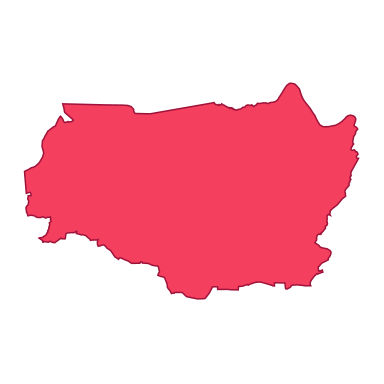 outline of Piojó, Atlántico, Colombia, rotated 179°
{"feature_id": "7082276B86748293561123", "entity_name": "Piojó", "entity_type": "district", "adm_level": 2, "iso_a3": "COL", "parent_name": "Colombia", "parent_adm1": "Atlántico", "projection": "orthographic", "projection_center": [-75.155, 10.743], "detail": "fine", "context": "isolated", "style": "filled", "palette": "rose", "viewbox_px": 384, "rotation_deg": 179, "n_neighbors": 0, "source": "geoboundaries", "source_scale": "gbopen_adm2", "svg_char_len": 5930}
<svg xmlns="http://www.w3.org/2000/svg" viewBox="0 0 384 384"><g transform="rotate(179 192 192)"><path d="M74.9,96.2L75.5,97.6L75.3,99.8L74.2,101.8L71.5,105.4L68.4,108.2L68.1,108.2L67.9,107.7L63.7,109.3L62.6,109.5L63.0,111.7L63.5,111.6L63.6,111.3L64.9,111.0L65.2,110.6L65.6,110.7L66.1,110.5L66.3,110.6L66.2,111.1L66.8,111.3L67.2,114.6L66.8,114.9L63.5,118.6L56.9,121.8L56.8,123.2L56.6,123.8L55.5,125.0L54.7,126.4L54.3,127.9L54.0,129.5L54.6,130.4L55.3,131.3L57.8,132.8L63.1,134.0L64.0,134.3L65.0,135.0L66.1,136.4L68.3,138.0L69.9,138.8L69.2,140.5L68.3,141.7L68.1,143.1L68.3,144.4L67.4,146.5L66.7,147.3L65.9,147.7L64.7,147.3L64.5,148.0L64.3,148.3L63.6,147.9L63.5,148.8L63.0,148.9L62.8,149.1L62.4,149.8L61.4,150.6L60.0,152.7L59.5,152.9L59.2,153.2L59.2,153.6L59.4,155.1L57.7,156.3L57.1,157.7L57.3,159.5L57.8,160.9L57.3,162.2L57.4,165.7L56.1,167.2L55.6,166.8L55.2,166.9L54.1,166.3L54.6,167.5L54.0,170.9L51.5,173.3L49.7,174.5L49.2,175.0L46.9,176.7L41.9,182.5L38.5,185.1L38.7,188.1L39.1,189.3L39.1,190.4L38.0,192.3L34.8,195.9L34.8,196.5L35.0,197.9L34.0,199.3L33.7,200.8L32.9,201.8L33.7,203.0L33.9,203.4L33.4,204.8L32.9,205.0L32.5,205.9L33.0,206.9L32.7,208.4L32.7,208.9L31.9,210.5L24.9,222.7L26.6,222.9L27.1,224.3L26.9,225.1L25.4,226.6L25.5,227.3L26.1,228.9L26.5,229.2L27.8,229.5L28.0,229.8L28.3,230.8L28.8,231.3L29.7,231.2L30.9,230.8L31.6,231.0L32.2,231.6L32.4,232.4L31.8,233.5L31.5,234.6L30.9,235.0L30.3,236.5L29.8,236.8L29.5,237.2L29.6,237.4L30.2,238.0L30.5,238.7L30.5,239.4L30.2,239.9L30.3,241.2L29.9,242.0L29.4,244.6L28.2,246.3L27.4,248.0L27.2,249.7L25.2,252.0L26.2,253.6L27.1,254.3L28.3,254.8L28.9,255.6L27.4,259.9L27.1,261.2L27.0,262.5L28.1,264.5L29.6,265.4L32.0,266.1L34.4,265.7L36.6,264.2L38.2,262.3L41.0,259.8L44.5,257.5L47.4,256.2L54.1,255.0L58.4,254.9L60.0,255.1L63.0,256.9L65.1,260.4L66.7,263.6L67.6,266.0L70.4,270.1L72.3,273.4L78.0,280.8L79.9,284.2L81.3,287.9L82.8,293.1L85.1,295.9L87.2,298.1L90.7,299.0L92.7,298.9L95.5,296.8L99.0,291.7L100.0,289.9L100.9,288.7L101.4,287.8L103.5,284.8L104.2,283.4L105.6,281.9L107.5,280.8L109.7,280.3L112.0,280.1L114.6,279.2L115.4,279.1L116.0,279.7L116.5,279.8L119.4,279.9L121.2,279.5L122.8,279.3L124.8,279.6L125.2,279.3L125.4,278.8L125.9,278.6L126.3,277.8L127.3,277.5L127.9,277.0L128.5,276.8L128.9,276.4L129.8,276.9L130.0,277.7L130.7,278.0L131.1,278.1L131.8,277.6L132.3,277.5L133.1,277.8L134.7,278.1L136.4,277.5L137.0,276.9L137.5,276.0L139.6,275.8L141.8,274.2L143.2,273.9L144.5,273.8L145.1,273.3L146.0,273.3L146.9,273.1L147.7,273.8L148.2,273.6L149.2,273.8L149.6,274.2L149.3,274.6L149.5,274.8L149.9,275.1L150.6,274.8L150.7,275.3L151.0,275.6L152.0,275.4L152.7,275.8L152.8,275.8L152.9,275.5L152.8,275.0L153.1,274.9L154.0,275.8L155.2,276.3L155.9,276.9L156.9,277.1L158.2,278.2L159.1,278.4L159.9,279.1L160.8,279.6L160.9,279.3L161.5,278.6L162.4,278.6L162.6,278.4L163.4,279.1L163.7,279.0L164.3,278.1L165.6,278.9L166.2,279.0L167.1,279.3L167.7,279.8L168.0,280.7L168.5,281.1L168.8,280.9L232.5,270.9L247.4,271.5L248.1,272.3L248.6,273.2L248.9,274.2L248.9,275.7L251.4,278.5L255.0,279.7L260.6,280.1L277.2,280.6L319.7,282.4L318.5,277.7L318.2,274.9L317.7,273.6L309.3,266.0L311.1,264.5L314.3,264.1L314.6,264.6L318.2,263.6L319.4,265.4L319.7,266.7L321.0,268.7L322.2,270.1L322.7,269.7L322.8,269.0L324.0,267.7L326.3,263.0L327.4,260.3L329.5,259.6L330.1,258.8L331.7,258.0L333.3,256.4L334.9,255.6L336.2,253.3L338.1,250.3L339.1,248.0L340.6,245.9L341.2,240.4L339.6,233.7L340.8,229.5L344.2,224.0L347.4,221.1L348.9,220.0L352.5,218.9L355.5,217.1L356.6,216.6L357.0,216.6L359.1,215.5L357.7,193.5L355.8,194.2L353.7,194.4L353.1,193.0L352.9,191.2L355.9,191.2L355.9,190.1L356.3,188.6L356.3,187.8L356.1,187.1L355.7,186.6L355.4,185.6L355.4,185.0L355.8,184.2L355.8,182.7L356.4,181.8L357.5,180.7L358.0,179.9L358.4,178.8L358.1,177.6L357.8,174.6L357.0,173.1L356.6,171.3L356.4,171.0L353.8,171.6L350.5,171.1L349.7,170.8L348.6,169.9L346.6,169.2L344.0,169.1L341.4,169.9L338.9,168.5L338.1,168.6L336.8,169.4L335.4,169.1L334.5,169.3L334.0,169.5L333.8,168.4L333.6,168.2L334.1,166.6L334.0,166.2L333.6,165.7L333.3,165.0L335.2,163.7L335.1,162.8L334.9,162.3L334.9,161.4L335.2,160.9L335.2,160.3L335.8,159.1L335.8,158.6L335.5,158.1L337.0,155.6L336.7,154.6L337.5,153.9L338.2,152.6L338.5,151.9L339.0,151.3L340.3,150.6L340.7,150.3L341.1,150.2L341.8,149.4L344.2,148.9L345.3,148.9L345.8,148.6L342.3,146.1L341.9,145.7L342.2,145.1L342.1,144.5L341.8,144.3L340.8,144.9L340.3,144.9L336.3,144.3L335.6,144.8L334.6,145.2L332.5,144.0L330.0,143.7L329.3,144.4L328.2,145.0L323.9,148.1L323.9,147.7L323.6,147.8L322.6,147.4L321.7,147.5L320.4,147.3L319.7,147.4L319.5,147.6L318.8,152.4L318.6,152.6L317.5,153.2L312.9,153.5L311.1,153.3L308.0,154.6L308.4,152.5L305.2,151.7L303.6,151.0L302.0,151.3L298.8,150.1L298.2,149.6L297.0,148.3L294.9,146.6L294.6,146.2L294.4,145.4L292.4,145.7L288.3,145.7L286.8,146.0L287.1,145.4L287.5,143.6L287.4,140.9L286.8,139.5L285.1,139.6L281.9,140.8L281.2,140.6L279.4,139.3L278.1,137.4L274.3,134.8L270.3,128.6L266.6,126.0L265.9,127.1L265.2,127.4L264.6,127.4L259.8,125.2L256.8,124.0L254.6,122.3L253.4,121.7L245.4,121.7L244.9,122.3L244.7,123.0L242.9,122.7L242.8,121.8L237.6,121.4L235.5,120.7L234.2,119.9L232.0,119.2L227.1,118.4L225.9,112.8L227.0,111.1L227.3,110.0L227.6,109.3L225.2,108.3L221.6,107.3L220.9,106.8L218.5,100.4L218.3,97.3L217.3,95.5L216.3,94.4L215.6,93.4L214.3,90.8L212.8,91.4L211.5,91.1L211.2,91.6L210.7,91.9L203.9,91.7L203.2,91.4L199.6,87.7L199.0,87.4L191.2,85.6L188.0,85.0L181.8,85.1L181.1,85.3L180.2,85.9L176.5,90.6L173.1,96.8L168.2,96.8L168.0,94.1L157.8,94.0L155.1,93.6L147.5,93.3L147.1,96.7L144.7,96.8L142.2,97.2L139.0,98.3L138.6,98.6L137.4,97.8L136.2,98.6L131.4,100.2L128.9,100.7L126.8,100.8L124.9,100.7L123.4,100.3L115.5,97.9L114.5,97.4L113.9,97.4L112.6,96.7L111.2,96.6L111.1,99.8L100.7,99.4L100.2,94.0L100.0,93.6L99.1,93.3L98.6,93.4L95.9,94.7L95.0,95.4L94.6,96.0L94.5,96.4L94.0,96.9L92.5,97.2L87.6,97.3L84.7,96.8L83.7,96.9L82.6,96.5L81.7,96.5L80.4,96.2L74.9,96.2Z" fill="#f43f5e" stroke="#9f1239" stroke-width="1.5"/></g></svg>